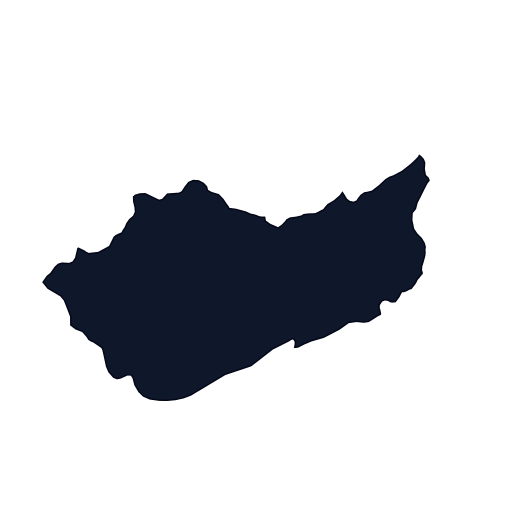 map outline of Southern (Robinson projection), rotated 57°
{"feature_id": "RWA-3491", "entity_name": "Southern", "entity_type": "Province", "adm_level": 1, "iso_a3": "RWA", "parent_name": "Rwanda", "parent_adm1": "", "projection": "robinson", "projection_center": [29.673, -2.278], "detail": "fine", "context": "isolated", "style": "filled", "palette": "ink", "viewbox_px": 512, "rotation_deg": 57, "n_neighbors": 0, "source": "natural_earth", "source_scale": "10m", "svg_char_len": 2792}
<svg xmlns="http://www.w3.org/2000/svg" viewBox="0 0 512 512"><g transform="rotate(57 256 256)"><path d="M353.6,273.2L351.5,271.1L349.0,269.5L345.8,269.6L344.9,271.6L344.9,274.8L342.9,292.8L345.2,319.9L338.4,346.4L337.1,382.5L337.0,386.4L335.3,394.1L332.4,401.8L328.6,409.1L324.4,415.4L318.1,422.7L312.2,426.6L306.0,428.0L298.3,427.7L291.3,425.4L287.8,425.4L285.5,428.7L284.4,436.1L283.1,439.3L280.1,441.4L273.1,442.4L267.3,441.4L254.4,436.5L251.0,435.3L248.8,435.1L239.6,438.9L237.3,440.5L234.8,441.6L231.6,441.5L224.8,442.5L219.0,446.7L213.1,448.9L205.9,444.3L194.6,441.9L188.6,440.7L183.1,441.4L169.7,448.0L162.0,448.8L159.3,442.1L158.9,437.7L156.0,430.4L155.3,426.3L156.4,422.6L160.7,416.7L161.4,412.7L159.5,408.3L152.7,401.2L152.7,400.8L158.5,397.3L160.1,396.8L162.9,395.1L167.3,386.3L168.3,373.6L164.7,367.5L163.1,364.9L162.7,362.4L163.1,359.2L163.7,355.8L162.4,353.6L160.9,350.1L158.5,346.6L156.7,342.2L156.0,336.9L153.4,333.0L149.3,330.8L143.5,328.7L139.7,326.4L139.4,324.1L140.8,319.5L143.5,315.0L150.1,311.0L156.5,307.1L157.7,303.9L156.8,299.9L155.9,296.6L158.5,291.9L161.6,286.3L161.9,283.0L159.7,278.1L157.7,272.4L158.5,267.6L161.7,263.3L166.4,260.6L171.0,259.8L174.5,261.0L178.4,259.0L184.2,254.1L190.5,252.9L195.8,252.8L199.5,252.6L201.4,252.9L205.9,247.6L213.6,240.7L217.8,238.1L221.2,234.7L225.1,231.9L226.9,229.8L228.2,227.7L229.9,228.4L231.8,229.3L234.1,228.2L236.6,227.4L238.8,226.0L242.1,223.8L244.6,222.2L244.5,217.4L243.4,212.6L242.5,210.4L242.8,206.8L245.6,200.9L247.4,196.0L247.4,193.4L248.5,191.2L249.3,189.5L250.8,187.0L253.0,183.3L253.5,180.0L253.7,177.0L254.1,174.0L253.2,171.6L252.1,167.7L252.4,160.3L251.3,152.5L249.9,149.0L253.1,149.0L257.7,149.2L261.3,147.9L264.2,145.0L264.9,141.4L263.5,138.5L262.3,134.6L262.2,130.6L263.4,127.9L265.0,123.4L264.2,114.1L262.7,105.4L262.8,101.2L263.8,97.1L264.7,87.3L263.6,75.5L262.4,69.1L261.5,65.6L260.7,64.3L262.6,63.6L266.1,63.1L269.6,63.8L274.7,67.6L280.5,70.1L284.4,69.2L286.8,69.7L287.9,72.9L291.1,78.6L295.2,85.5L298.9,91.9L303.2,96.6L304.8,101.6L310.7,105.9L319.2,109.2L325.1,109.1L331.3,107.8L336.7,108.0L340.5,109.2L342.6,111.0L345.1,112.4L347.4,114.2L349.3,116.3L351.9,119.2L354.9,122.8L357.9,125.1L360.3,125.7L361.2,126.3L361.0,126.7L361.6,127.9L362.6,130.9L363.4,133.6L364.0,134.8L364.9,136.1L365.9,138.3L366.8,141.0L367.7,143.5L367.2,145.1L367.1,145.7L367.0,147.1L366.8,149.3L366.2,151.5L365.1,153.3L368.1,158.6L370.1,164.0L368.7,166.7L367.6,168.0L365.1,169.2L362.8,171.8L362.2,175.2L364.1,179.4L366.8,181.3L368.1,181.5L369.9,182.2L371.8,182.9L372.6,183.5L372.2,186.9L372.2,193.3L372.1,197.3L370.1,201.6L365.5,207.3L362.1,214.6L362.6,226.3L360.9,243.6L357.2,255.8L357.1,256.3L357.0,257.0L355.8,263.6L355.1,270.3L354.7,271.2L354.3,272.2L353.6,273.2Z" fill="#0f172a" stroke="#020617" stroke-width="1.5"/></g></svg>